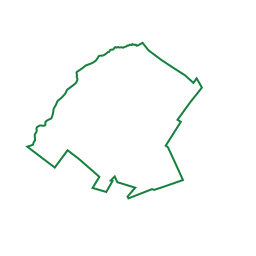 outline of Addison, Vermont, United States of America, rotated 44°
{"feature_id": "52423323B4110590871178", "entity_name": "Addison", "entity_type": "district", "adm_level": 2, "iso_a3": "USA", "parent_name": "United States of America", "parent_adm1": "Vermont", "projection": "albers", "projection_center": [-73.298, 44.028], "detail": "fine", "context": "isolated", "style": "outline", "palette": "green", "viewbox_px": 256, "rotation_deg": 44, "n_neighbors": 0, "source": "geoboundaries", "source_scale": "gbopen_adm2", "svg_char_len": 1689}
<svg xmlns="http://www.w3.org/2000/svg" viewBox="0 0 256 256"><g transform="rotate(44 128 128)"><path d="M64.9,194.7L65.1,195.4L65.4,197.1L65.6,197.6L67.3,199.3L68.6,200.2L69.7,201.5L70.1,203.8L70.3,204.3L71.2,205.8L71.2,206.2L70.3,208.1L68.5,211.4L97.3,208.0L102.8,207.3L100.0,186.0L113.7,184.4L141.3,183.0L144.2,195.7L156.8,189.1L153.7,176.9L152.1,177.8L152.1,172.1L158.0,174.4L174.7,165.9L175.3,177.6L177.2,178.3L187.8,155.2L189.8,154.4L193.2,147.9L203.7,127.3L186.4,120.4L170.0,114.1L167.4,114.5L161.7,86.9L157.9,87.7L154.9,66.4L153.1,47.6L142.9,44.6L143.7,50.1L132.4,50.5L118.5,53.3L104.6,55.9L88.7,57.9L79.3,56.6L78.7,58.6L78.0,61.1L77.1,62.8L76.9,62.9L75.9,62.6L75.6,62.7L74.9,63.7L74.3,64.1L72.9,64.6L73.1,65.6L71.4,66.9L71.2,68.2L70.4,68.9L70.3,69.1L70.3,70.2L69.7,71.2L68.9,72.9L68.8,73.5L66.9,74.7L66.5,75.4L65.9,76.1L65.4,76.2L64.4,76.9L64.0,78.1L63.7,78.3L63.0,78.4L62.6,78.8L62.5,79.4L62.8,81.8L62.6,82.3L61.4,83.4L61.2,84.0L61.1,84.7L61.3,85.5L61.5,86.1L61.5,86.3L60.8,87.5L60.6,89.6L60.0,92.5L59.8,92.9L58.8,94.4L58.0,94.9L57.1,96.4L57.1,96.8L57.5,98.5L58.0,101.0L58.0,102.5L57.0,106.5L54.1,112.6L53.9,114.9L53.5,117.4L52.3,123.0L52.4,123.8L53.8,124.9L54.4,125.2L55.4,126.7L56.1,127.0L57.3,127.7L58.1,128.5L58.8,130.2L58.9,130.5L59.2,131.7L59.2,133.2L58.0,140.8L57.7,141.9L57.7,142.7L58.0,144.1L59.0,146.6L59.2,152.2L58.6,157.0L58.7,157.9L60.2,161.8L61.0,165.2L61.3,166.0L64.0,169.7L65.6,172.9L66.1,174.4L66.1,174.8L64.9,177.7L64.5,179.3L64.3,180.6L64.6,181.3L66.1,182.8L66.4,183.2L66.5,183.5L66.2,184.4L65.5,185.3L64.4,186.0L62.9,187.4L62.5,188.4L62.0,190.5L62.0,191.0L62.5,192.0L64.1,193.2L64.6,193.9L64.9,194.7Z" fill="none" stroke="#15803d" stroke-width="2"/></g></svg>